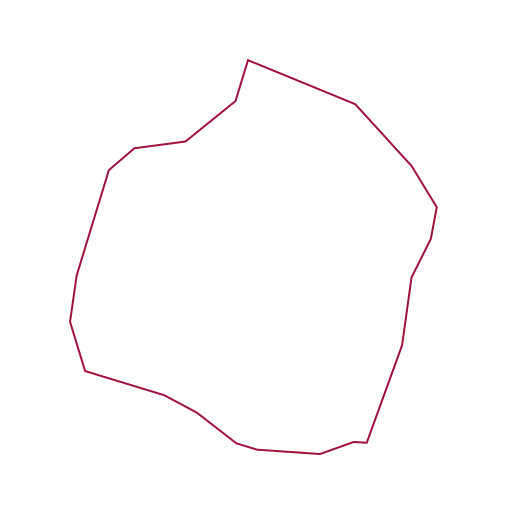 outline of Jungnang-gu, Seoul, South Korea, rotated 197°
{"feature_id": "91817680B66829558888986", "entity_name": "Jungnang-gu", "entity_type": "district", "adm_level": 2, "iso_a3": "KOR", "parent_name": "South Korea", "parent_adm1": "Seoul", "projection": "natural_earth1", "projection_center": [127.092, 37.588], "detail": "fine", "context": "isolated", "style": "outline", "palette": "rose", "viewbox_px": 512, "rotation_deg": 197, "n_neighbors": 0, "source": "geoboundaries", "source_scale": "gbopen_adm2", "svg_char_len": 454}
<svg xmlns="http://www.w3.org/2000/svg" viewBox="0 0 512 512"><g transform="rotate(197 256 256)"><path d="M385.8,96.0L302.9,96.0L266.8,88.9L219.9,71.1L198.3,71.1L137.0,85.3L108.2,106.7L95.5,109.8L91.8,181.9L90.2,213.3L101.0,280.9L93.8,323.5L97.4,355.5L133.4,387.5L168.4,408.2L169.5,408.9L205.5,430.2L320.9,440.9L320.9,398.2L356.9,344.9L403.8,323.5L421.8,295.1L421.8,184.9L414.6,138.7L385.8,96.0Z" fill="none" stroke="#9f1239" stroke-width="2"/></g></svg>